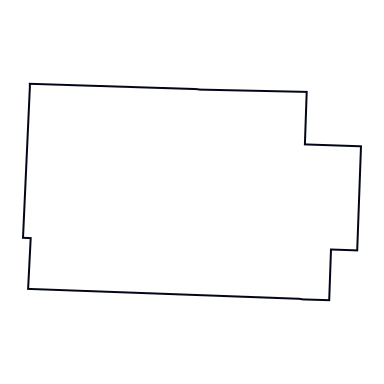 Coshocton, Ohio, United States of America (Robinson projection)
{"feature_id": "52423323B75653296475511", "entity_name": "Coshocton", "entity_type": "district", "adm_level": 2, "iso_a3": "USA", "parent_name": "United States of America", "parent_adm1": "Ohio", "projection": "robinson", "projection_center": [-81.897, 40.304], "detail": "fine", "context": "isolated", "style": "outline", "palette": "ink", "viewbox_px": 384, "rotation_deg": 0, "n_neighbors": 0, "source": "geoboundaries", "source_scale": "gbopen_adm2", "svg_char_len": 307}
<svg xmlns="http://www.w3.org/2000/svg" viewBox="0 0 384 384"><path d="M29.8,83.8L29.9,86.3L23.0,237.8L30.7,238.1L28.1,288.9L299.4,298.8L302.7,299.4L329.2,300.2L331.0,249.5L357.2,250.4L361.0,146.3L304.9,144.4L306.7,91.9L200.0,89.6L196.5,89.1L29.8,83.8Z" fill="none" stroke="#020617" stroke-width="2"/></svg>